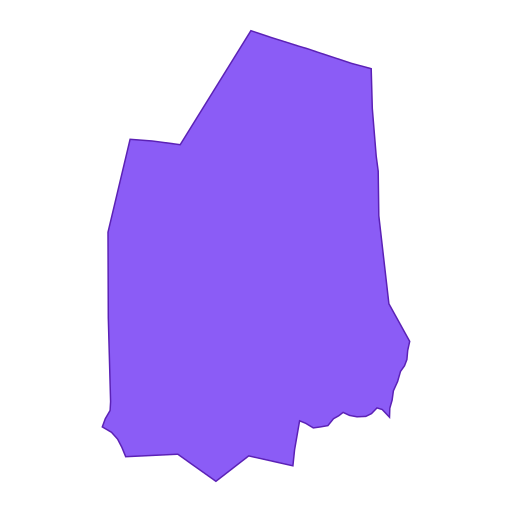 Campo Grande do Piauí, Piauí, Brazil (Robinson projection)
{"feature_id": "56859067B96257895784002", "entity_name": "Campo Grande do Piauí", "entity_type": "district", "adm_level": 2, "iso_a3": "BRA", "parent_name": "Brazil", "parent_adm1": "Piauí", "projection": "robinson", "projection_center": [-41.045, -7.177], "detail": "fine", "context": "isolated", "style": "filled", "palette": "violet", "viewbox_px": 512, "rotation_deg": 0, "n_neighbors": 0, "source": "geoboundaries", "source_scale": "gbopen_adm2", "svg_char_len": 796}
<svg xmlns="http://www.w3.org/2000/svg" viewBox="0 0 512 512"><path d="M371.2,68.7L351.6,63.4L317.3,52.1L308.0,48.9L298.8,46.2L270.9,37.4L250.9,30.7L180.2,144.7L152.3,141.0L130.1,139.3L108.0,232.2L108.3,317.8L110.6,401.7L110.1,410.5L105.3,418.7L102.3,426.9L111.5,432.3L117.6,439.1L121.9,447.4L125.7,456.7L177.8,454.2L190.4,463.2L215.9,481.3L248.7,455.9L292.9,465.8L294.6,449.6L299.6,420.8L305.7,423.3L313.3,427.9L320.5,426.9L327.9,425.6L333.5,418.7L338.7,415.8L343.1,412.4L349.5,415.4L357.0,416.8L365.8,416.4L371.5,413.6L377.0,407.9L382.2,409.5L389.5,417.2L389.8,408.2L392.1,400.2L393.4,390.8L397.6,381.5L400.5,371.4L404.5,365.8L406.9,359.5L407.7,350.4L409.7,341.4L388.9,303.8L378.8,215.7L378.2,171.2L376.2,156.1L372.3,108.4L371.2,68.7Z" fill="#8b5cf6" stroke="#5b21b6" stroke-width="1.5"/></svg>